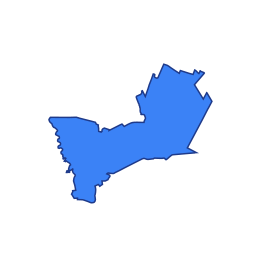 outline of Rosiori De Vede, Teleorman, Romania, rotated 214°
{"feature_id": "2599482B51829763459772", "entity_name": "Rosiori De Vede", "entity_type": "district", "adm_level": 2, "iso_a3": "ROU", "parent_name": "Romania", "parent_adm1": "Teleorman", "projection": "mercator", "projection_center": [24.982, 44.064], "detail": "fine", "context": "isolated", "style": "filled", "palette": "blue", "viewbox_px": 256, "rotation_deg": 214, "n_neighbors": 0, "source": "geoboundaries", "source_scale": "gbopen_adm2", "svg_char_len": 4945}
<svg xmlns="http://www.w3.org/2000/svg" viewBox="0 0 256 256"><g transform="rotate(214 128 128)"><path d="M154.3,113.9L156.5,113.5L158.2,114.5L162.0,113.2L174.0,108.9L174.8,108.7L176.9,108.0L182.2,104.2L189.2,99.5L196.3,94.8L198.3,93.4L198.4,92.3L198.4,91.8L198.3,91.4L198.2,90.7L197.2,89.9L196.8,89.7L196.4,89.4L195.5,89.2L194.3,89.0L193.4,88.9L192.3,88.0L191.7,87.7L191.1,87.3L189.9,87.0L189.3,87.3L187.6,87.2L186.3,87.0L185.0,86.5L184.8,85.8L185.1,84.9L185.0,83.8L184.7,82.6L184.2,82.1L181.7,82.3L180.4,82.5L179.5,81.7L179.1,80.9L179.4,80.4L179.8,79.8L179.6,78.7L179.1,77.9L178.4,77.6L177.1,77.9L175.9,77.9L175.1,77.3L174.6,76.1L175.2,75.1L175.6,74.2L175.5,73.3L174.7,72.4L173.7,72.6L172.6,74.0L172.0,74.1L170.4,73.9L169.9,73.1L170.0,71.9L170.2,70.9L169.7,69.9L168.8,69.3L167.8,69.5L167.2,69.3L167.2,69.1L166.3,68.5L166.1,67.9L165.4,67.6L164.7,66.2L164.2,66.3L164.4,66.8L164.1,67.1L163.7,67.9L163.1,68.1L162.6,68.1L162.6,67.5L162.4,66.5L162.3,65.8L162.3,64.9L161.8,65.1L161.0,65.2L160.9,65.9L160.7,66.2L159.9,66.1L159.1,66.1L158.2,66.1L157.0,66.2L156.2,66.0L155.0,65.3L155.3,64.0L154.7,61.8L154.2,60.5L153.5,60.3L152.9,59.9L152.8,59.7L153.0,59.6L154.7,58.3L154.2,56.7L153.1,57.3L154.1,56.9L154.4,57.9L153.9,58.0L153.6,57.6L153.4,57.7L152.8,57.9L152.3,58.1L152.1,58.2L151.8,58.4L151.7,58.6L151.8,58.7L152.0,59.1L152.4,59.5L152.8,59.8L152.0,60.6L151.8,61.0L150.9,63.1L150.7,63.0L150.4,61.9L150.0,61.5L149.5,60.9L148.6,60.3L147.6,60.0L145.8,59.7L145.1,58.9L145.0,57.5L144.7,56.1L144.3,55.3L143.8,54.2L143.6,53.7L142.3,52.6L140.0,50.7L139.5,50.2L138.8,49.5L136.5,47.1L138.8,45.1L138.2,44.4L137.8,41.6L137.7,41.6L133.3,39.6L130.6,41.6L129.9,40.4L125.6,43.1L124.5,43.5L120.4,44.6L117.1,45.3L116.6,45.5L115.3,46.5L114.6,47.4L114.4,48.7L115.0,50.4L117.0,52.7L117.6,53.2L117.9,54.0L118.2,54.9L118.4,55.3L119.0,56.6L119.4,57.2L119.5,57.5L120.5,59.1L120.8,59.4L121.1,59.8L121.8,60.5L122.0,60.7L122.9,61.4L122.5,62.1L121.4,64.0L121.3,64.3L121.1,64.5L120.9,64.6L118.8,63.9L118.6,64.5L117.8,66.7L117.6,66.9L117.7,67.1L117.9,67.3L118.1,67.4L118.3,67.6L118.4,67.8L118.6,68.0L118.9,68.3L119.0,68.5L119.4,68.9L119.5,69.1L119.7,69.3L119.9,69.5L117.2,71.4L115.7,74.0L116.0,75.3L115.9,76.8L115.9,77.5L116.1,78.1L116.9,78.6L118.9,78.3L119.9,78.1L119.8,78.7L119.7,79.0L119.5,79.3L119.3,79.5L119.1,79.6L119.0,79.8L118.9,79.9L118.7,80.0L117.7,80.3L117.4,80.5L115.1,81.8L114.9,82.0L114.7,82.1L114.5,82.3L114.3,82.6L114.0,83.2L114.0,83.3L112.9,85.3L112.7,85.5L112.5,86.0L111.7,87.3L111.0,88.6L110.4,89.7L109.8,90.8L109.4,91.6L109.2,91.9L108.8,92.7L103.3,102.6L99.6,109.2L99.6,109.3L98.9,110.4L98.7,110.7L98.4,111.1L97.9,111.6L97.6,111.8L97.2,112.0L95.6,112.4L95.3,112.5L94.9,112.6L94.7,112.7L94.5,112.8L94.1,113.0L93.7,113.3L93.4,113.5L90.2,116.3L90.0,116.5L89.8,116.6L89.8,116.8L89.4,117.4L89.2,117.8L89.0,118.0L88.8,118.1L84.3,120.9L83.7,121.3L82.5,122.1L82.4,122.3L81.7,122.9L81.5,123.0L81.3,123.1L81.2,123.2L80.9,123.3L80.6,123.3L80.3,123.3L80.1,123.2L79.9,123.1L79.5,123.0L79.4,122.9L79.2,122.9L79.0,123.0L78.8,123.0L78.6,123.2L78.6,123.3L78.4,123.7L78.4,123.8L78.1,124.7L77.7,126.2L77.7,126.3L77.2,128.1L76.7,129.7L76.5,130.1L76.4,130.3L76.2,130.6L75.4,131.3L68.6,136.8L59.8,143.9L59.0,144.5L58.9,144.8L57.6,145.8L67.7,144.7L71.0,176.1L72.5,188.8L72.5,189.5L73.3,197.0L82.3,201.3L82.5,201.3L82.3,199.5L81.8,194.1L97.1,201.0L96.8,204.2L95.4,215.7L95.5,215.7L96.0,215.9L96.0,216.4L99.7,215.6L99.8,215.6L100.1,215.8L100.2,215.7L99.9,214.7L99.7,212.8L101.0,212.9L102.9,213.3L104.2,213.5L105.1,213.4L104.0,208.8L107.8,207.5L116.7,204.9L116.1,202.0L120.6,201.9L125.9,201.9L128.8,202.0L130.5,201.9L134.0,200.9L133.3,197.0L131.3,186.4L132.0,185.4L133.8,185.0L134.9,185.4L135.5,187.1L136.1,187.3L136.7,187.2L137.3,186.9L135.9,181.7L134.6,175.9L133.3,171.6L131.3,163.8L136.9,166.9L137.3,166.2L136.8,165.8L136.4,165.3L136.4,165.0L136.3,164.7L136.2,164.4L136.2,163.4L136.5,162.4L137.2,161.7L137.3,161.2L138.4,159.6L138.5,159.4L138.6,159.2L138.6,158.8L138.6,158.5L138.4,158.2L138.2,158.0L137.3,157.3L136.9,157.0L134.0,155.0L133.5,154.6L132.9,154.3L132.4,154.1L132.2,153.9L131.8,153.5L131.6,153.2L130.8,152.8L130.0,152.0L129.7,151.7L129.2,151.4L128.3,150.3L127.9,149.6L127.4,148.9L126.4,147.9L126.1,147.8L125.3,147.5L125.0,146.7L124.8,146.7L124.7,146.6L124.4,146.7L124.3,146.8L124.1,146.9L123.3,147.5L123.1,147.6L122.2,148.0L121.6,147.9L120.0,146.8L119.4,146.3L118.9,145.7L118.7,145.1L118.7,144.7L118.5,143.3L118.3,142.6L118.2,142.2L118.0,141.8L117.9,141.6L120.2,140.0L120.9,139.6L122.2,138.7L122.9,138.3L123.7,137.8L124.8,137.0L126.0,136.2L126.4,135.8L126.9,135.3L127.0,135.3L127.5,134.8L128.4,133.7L130.0,131.1L132.0,127.2L135.2,127.9L136.2,126.3L142.3,115.4L142.6,116.1L146.2,115.1L147.6,114.7L148.4,113.2L148.5,112.6L148.5,112.2L148.1,111.3L147.8,110.7L147.3,110.1L147.7,110.5L148.0,109.6L148.5,109.7L148.6,109.4L150.4,108.8L151.8,110.7L151.9,111.0L152.5,111.6L153.2,112.4L153.8,112.9L153.9,113.1L154.3,113.9Z" fill="#3b82f6" stroke="#1e3a8a" stroke-width="1.5"/></g></svg>